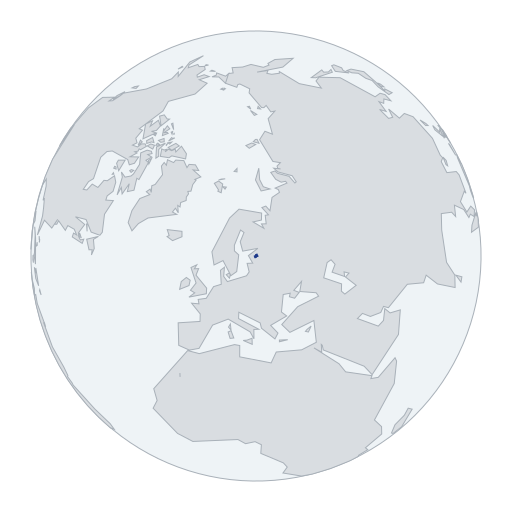 the Earth from above Tartu, rotated 338°
{"feature_id": "EST-1659", "entity_name": "Tartu", "entity_type": "County", "adm_level": 1, "iso_a3": "EST", "parent_name": "Estonia", "parent_adm1": "", "projection": "orthographic", "projection_center": [26.767, 58.415], "detail": "fine", "context": "on_globe", "style": "filled", "palette": "blue", "viewbox_px": 512, "rotation_deg": 338, "n_neighbors": 0, "source": "natural_earth", "source_scale": "10m", "svg_char_len": 11558}
<svg xmlns="http://www.w3.org/2000/svg" viewBox="0 0 512 512"><g transform="rotate(338 256 256)"><circle cx="256" cy="256" r="225" fill="#eef3f6" stroke="#a8b0b8"/><path d="M103.4,90.3L103.6,90.1L136.9,66.1L115.1,80.2L122.3,74.7L132.7,67.6L131.3,68.7L145.2,61.4L156.1,55.9L173.2,51.5L184.2,55.7L177.8,57.2L181.2,58.3L189.5,56.7L194.1,55.4L217.0,60.1L244.3,60.1L252.9,56.3L251.1,60.4L267.4,51.3L282.3,50.6L265.5,53.8L263.7,56.1L273.8,56.6L274.2,59.1L279.3,60.9L278.8,64.0L269.1,66.1L268.6,68.2L275.8,68.5L279.8,72.1L269.4,71.3L275.4,77.5L260.2,83.0L232.7,79.8L224.1,86.7L195.4,94.3L197.9,96.8L188.7,101.7L188.1,106.5L183.0,106.9L187.0,110.5L191.8,109.2L195.2,110.5L195.3,113.3L188.8,114.2L187.8,112.9L185.9,114.6L182.6,113.9L184.3,115.9L176.3,116.8L184.3,120.2L178.0,124.5L172.7,124.0L173.2,118.5L162.1,104.8L156.9,103.3L149.0,106.3L134.3,123.4L128.6,124.3L120.8,129.5L123.9,131.4L131.1,128.0L135.1,133.2L143.4,128.9L146.3,130.5L154.9,128.6L153.6,135.1L147.7,142.5L140.5,144.5L137.7,147.9L144.5,151.2L131.2,160.5L122.4,176.4L119.0,178.3L112.1,172.1L112.1,158.5L103.3,152.0L109.0,162.6L100.2,167.9L98.8,171.6L99.2,175.3L102.6,175.9L99.6,179.2L92.8,169.5L95.4,166.4L97.6,169.3L97.5,163.1L92.9,157.3L88.8,160.8L86.2,149.4L83.2,151.9L81.0,151.0L85.9,147.7L77.1,153.6L73.3,143.6L61.2,154.6L73.1,138.9L77.4,131.2L81.5,123.0L79.4,124.6L87.6,112.6L90.4,106.1L84.7,110.1L76.5,119.9L68.1,132.1L68.7,132.3L64.3,140.6L60.8,143.7L52.0,161.1L49.7,165.6L57.9,148.8L67.4,132.8L78.2,117.7L90.2,103.4L103.4,90.3ZM41.7,186.6L39.5,193.7L39.5,195.2L38.4,202.8L36.0,209.5L37.3,209.2L35.4,218.1L34.7,238.5L34.1,238.4L33.2,264.0L36.2,286.9L36.8,296.4L36.1,297.2L38.0,304.9L38.1,307.1L49.3,337.6L58.0,356.9L59.7,363.7L56.4,360.4L56.9,361.4L49.8,346.7L43.7,331.4L38.8,315.8L35.0,299.9L32.4,283.7L31.0,267.4L30.8,251.0L31.7,234.6L33.9,218.4L37.2,202.3L41.7,186.6ZM58.3,157.0L48.5,180.9L50.9,170.7L51.0,171.8L54.1,164.9L58.9,154.2L61.8,146.0L58.3,157.0ZM61.0,160.0L62.4,156.3L61.5,159.5L61.0,160.0ZM196.1,54.5L189.6,56.5L182.0,57.2L187.3,55.2L196.1,54.5ZM210.6,54.3L207.6,55.7L204.1,53.7L206.9,53.5L210.6,54.3ZM259.0,53.3L253.7,53.5L258.7,52.5L259.0,53.3ZM280.1,60.6L281.4,59.9L283.5,61.2L280.1,60.6ZM155.0,125.3L154.9,126.9L153.3,126.4L155.0,125.3ZM158.8,123.0L157.0,121.3L158.6,119.9L159.6,121.0L158.8,123.0ZM284.7,67.2L287.6,69.7L283.0,67.5L284.7,67.2ZM160.6,125.5L161.5,117.8L164.3,115.6L170.6,118.1L160.6,125.5ZM288.1,71.5L295.2,77.9L298.9,76.6L292.4,84.4L288.6,76.1L282.3,73.4L286.9,73.4L288.1,71.5ZM193.3,107.6L188.2,109.1L192.3,105.3L193.3,107.6ZM195.1,105.0L203.1,92.3L210.7,91.9L206.5,96.1L216.3,93.6L216.1,99.6L210.7,102.3L205.8,101.3L209.5,104.4L195.1,105.0ZM287.7,87.8L288.0,89.8L285.8,88.1L287.7,87.8ZM196.9,110.7L197.8,108.1L204.5,107.4L203.9,112.6L201.9,111.1L196.9,110.7ZM219.0,90.2L223.8,90.8L225.0,95.7L227.1,96.7L216.8,99.7L219.0,90.2ZM200.4,112.7L203.4,115.3L200.3,118.2L196.4,113.2L200.4,112.7ZM206.5,105.1L209.6,105.1L207.7,106.8L206.5,105.1ZM191.2,130.5L192.2,127.1L195.7,126.5L191.2,130.5ZM204.7,116.0L205.7,115.0L207.2,114.5L208.4,116.7L204.7,116.0ZM218.3,103.1L217.8,105.1L222.6,102.1L223.7,105.8L216.6,107.2L220.1,108.2L220.5,109.4L214.3,109.3L218.3,103.1ZM214.3,117.4L205.7,120.8L203.1,127.1L199.8,127.8L204.6,117.6L214.3,117.4ZM214.8,112.6L213.7,115.7L210.3,114.9L208.9,112.3L214.8,112.6ZM227.0,108.0L227.1,101.8L228.7,101.7L227.0,108.0ZM214.2,119.4L216.3,118.5L214.4,119.9L214.2,119.4ZM223.8,111.6L223.7,109.4L225.4,109.3L223.8,111.6ZM220.6,118.8L217.8,119.8L216.7,118.0L220.6,118.8ZM222.6,115.6L225.0,116.1L218.0,116.7L222.2,114.6L222.6,115.6ZM225.5,111.9L226.5,111.2L225.3,112.9L225.5,111.9ZM226.1,125.2L217.5,126.4L215.2,122.4L223.9,121.6L226.1,125.2ZM226.5,479.3L215.8,477.1L199.7,467.3L205.9,463.4L203.9,458.1L186.5,440.8L190.3,433.0L185.6,427.8L176.0,426.1L170.5,419.4L164.6,417.3L128.0,404.3L116.8,391.1L103.6,358.6L110.2,352.9L111.5,340.7L157.2,318.1L166.9,325.3L202.9,330.1L207.4,332.9L203.1,343.4L230.0,360.8L238.8,352.6L263.2,360.1L279.6,358.6L285.5,337.5L258.8,339.5L254.2,329.2L275.7,318.6L299.0,316.7L298.0,312.6L283.3,305.3L288.7,296.6L278.2,302.0L282.4,305.9L276.0,309.6L271.7,306.3L273.8,303.3L266.8,301.9L258.6,317.5L262.0,323.1L243.6,325.8L247.5,335.7L242.5,340.0L234.0,325.0L234.8,319.6L219.0,301.7L216.4,307.5L231.2,325.0L226.5,323.3L223.1,332.0L222.1,324.1L206.6,304.1L189.9,303.8L168.6,320.3L159.0,318.3L150.9,309.9L158.8,288.8L179.6,295.7L182.6,288.8L178.6,275.6L185.2,279.0L186.1,274.6L194.0,276.6L205.2,268.5L213.2,269.2L217.7,255.9L222.5,254.6L218.4,262.8L219.9,269.0L239.8,270.8L243.7,268.2L245.0,259.5L250.3,261.4L249.1,252.8L260.6,249.6L245.5,246.5L246.7,236.9L253.7,229.7L251.4,226.1L240.0,237.9L237.9,243.2L240.4,248.5L232.3,263.2L225.4,264.8L223.7,247.9L213.7,248.6L216.7,235.6L245.7,210.9L257.8,206.2L277.3,218.3L274.5,224.7L266.0,223.3L273.7,233.3L273.1,228.3L277.5,230.0L279.8,221.7L283.0,222.5L279.6,213.3L283.8,213.4L285.9,219.3L292.8,207.7L301.6,205.8L301.6,202.8L299.2,200.2L312.0,200.0L311.4,197.8L307.0,197.0L303.0,192.3L301.0,184.0L305.5,184.3L306.9,187.4L316.5,194.5L319.4,202.9L321.1,202.3L319.6,195.1L307.9,186.3L305.3,181.2L311.4,184.5L309.0,182.9L309.2,180.5L313.6,178.6L307.1,174.7L302.9,149.5L311.0,143.7L316.9,149.2L318.7,133.2L327.8,128.7L323.7,127.9L321.8,120.2L318.9,121.4L316.8,120.5L310.7,102.2L312.8,98.6L305.5,90.5L303.4,90.2L301.4,92.4L292.4,84.4L298.9,76.6L303.4,77.7L304.4,72.4L314.4,75.8L323.1,76.5L333.5,83.8L339.5,83.9L339.2,81.9L347.1,80.9L364.5,86.6L351.7,90.9L325.9,85.9L336.6,88.5L334.5,90.7L338.6,93.4L346.1,95.3L346.7,93.7L360.7,112.4L379.5,124.8L377.2,116.2L381.4,113.8L400.8,122.2L426.1,153.0L432.0,151.6L436.1,154.7L439.2,162.6L433.4,158.3L431.6,162.3L427.8,158.9L430.8,170.7L425.5,166.4L430.5,178.1L434.7,178.6L434.0,169.4L440.6,181.9L446.9,179.4L453.8,185.7L463.7,213.0L464.6,231.6L465.9,234.8L463.1,237.9L464.2,250.2L473.3,252.7L474.7,256.9L474.2,276.5L473.3,274.0L465.9,282.2L468.0,294.2L473.8,290.2L475.9,295.0L473.0,301.1L470.4,297.5L467.8,300.1L466.0,290.7L459.0,283.2L455.9,294.2L453.8,288.7L443.7,286.1L437.9,301.5L430.3,333.3L433.2,348.2L428.8,359.8L413.8,349.9L406.6,337.5L401.4,343.6L385.7,338.9L359.4,353.5L355.4,350.5L350.5,355.1L339.4,354.9L333.2,349.1L326.6,352.0L343.1,366.8L350.1,363.5L355.7,353.0L359.0,359.0L369.6,360.0L358.7,382.1L319.2,409.5L315.0,398.7L283.2,368.3L284.0,363.7L283.8,363.2L283.4,362.4L280.9,369.9L275.3,362.9L292.6,387.0L295.7,397.0L318.7,410.4L316.6,412.7L323.9,414.3L346.8,402.4L347.0,406.1L336.4,426.0L304.4,452.4L308.5,461.2L305.9,468.1L285.6,474.8L287.1,477.4L276.5,479.2L275.7,480.1L267.1,481.0L265.0,481.1L245.7,481.0L226.5,479.3ZM141.6,336.0L140.3,339.7L141.6,336.0ZM324.1,324.6L337.9,320.7L331.1,309.0L335.8,306.7L331.7,303.7L330.5,308.2L320.5,299.5L326.2,293.3L324.2,287.6L319.5,288.7L310.6,301.6L324.9,313.9L322.0,320.6L324.1,324.6ZM34.8,239.1L34.4,242.9L34.3,239.6L34.8,239.1ZM49.6,171.6L48.3,175.7L47.1,178.8L47.7,176.0L49.6,171.6ZM42.9,206.2L42.2,211.6L42.2,207.1L42.9,206.2ZM47.4,184.6L43.3,202.2L43.4,194.3L46.3,183.4L45.3,189.5L47.4,184.6ZM58.3,161.2L57.1,164.2L56.3,164.4L58.3,161.2ZM60.3,162.3L60.5,161.4L61.8,159.4L60.3,162.3ZM100.6,168.5L101.1,169.3L100.8,173.3L99.4,172.0L100.6,168.5ZM108.8,188.5L103.8,193.4L106.4,188.8L103.5,187.7L105.3,177.0L117.3,178.8L111.5,179.7L108.8,188.5ZM111.1,163.6L108.6,169.9L110.8,163.0L111.1,163.6ZM183.4,249.8L185.9,253.8L182.8,258.3L172.7,258.3L177.1,251.7L183.4,249.8ZM190.3,258.6L191.4,242.3L197.8,242.0L194.0,244.8L198.1,246.2L193.2,251.3L198.2,267.3L195.8,272.4L178.4,269.0L185.4,267.2L182.4,263.2L190.3,258.6ZM183.1,204.5L183.6,198.3L196.6,205.4L194.6,210.4L184.4,210.5L180.8,204.7L183.1,204.5ZM171.5,131.7L170.8,129.6L172.7,129.2L174.7,130.8L171.5,131.7ZM191.3,129.0L176.1,141.3L174.6,139.3L167.5,149.3L160.8,148.1L165.6,141.5L155.1,148.3L156.8,142.0L150.1,147.3L161.6,132.8L162.7,127.7L164.1,133.8L170.2,135.0L173.2,134.0L182.4,127.4L187.8,117.2L194.7,117.1L198.2,119.7L198.0,122.1L193.6,121.4L196.4,125.2L189.8,126.0L191.3,129.0ZM234.9,155.3L229.9,152.6L234.5,162.0L228.0,162.1L228.9,163.2L224.1,166.1L220.0,171.5L217.0,170.6L216.7,173.1L213.5,175.2L212.0,178.4L206.2,178.2L203.9,182.1L202.4,179.8L200.1,186.8L199.2,181.5L195.0,183.9L198.1,187.7L170.1,180.3L159.1,181.9L150.4,186.2L150.0,177.1L158.0,167.4L169.8,159.2L180.5,159.3L178.4,155.3L182.9,154.3L182.7,157.8L185.7,151.8L189.3,151.9L199.8,145.6L202.0,137.2L205.9,134.9L206.9,138.3L210.0,133.6L214.6,138.5L217.5,137.0L224.8,140.5L225.1,148.2L228.3,146.0L234.0,148.8L234.9,155.3ZM228.0,126.3L229.8,135.1L227.1,139.6L215.4,131.6L212.2,132.3L204.6,127.8L208.7,121.4L210.5,123.3L213.2,123.6L210.8,125.4L214.8,124.2L217.3,126.8L221.1,126.6L220.6,129.5L228.0,126.3ZM212.5,329.5L216.0,330.6L221.5,330.8L219.4,336.5L212.5,329.5ZM201.7,316.0L204.9,315.9L204.7,323.7L201.1,322.7L201.7,316.0ZM206.8,309.4L205.1,315.3L203.9,311.6L206.8,309.4ZM221.4,262.2L224.8,261.7L225.1,263.8L223.1,266.6L221.4,262.2ZM247.4,184.3L244.9,181.7L246.0,180.6L244.6,173.0L249.4,172.5L252.1,176.8L247.4,184.3ZM280.9,341.6L276.1,346.1L273.6,344.4L275.8,343.2L280.9,341.6ZM246.2,342.7L254.1,345.5L245.6,344.3L246.2,342.7ZM252.3,182.4L251.2,179.3L254.3,181.0L252.3,182.4ZM252.8,171.7L256.4,172.9L249.8,171.5L252.8,171.7ZM343.4,456.5L327.0,468.9L316.6,471.9L315.3,470.9L321.7,464.5L333.9,459.2L340.1,454.1L343.4,456.5ZM475.3,307.5L476.2,303.6L476.7,301.0L475.3,307.5ZM476.0,304.3L473.0,312.6L464.7,314.7L467.8,308.3L475.6,298.7L475.2,301.7L477.1,297.7L476.0,304.3ZM479.9,280.6L479.5,283.9L479.2,281.2L479.4,275.6L480.1,270.9L479.6,240.6L480.1,236.8L480.9,247.5L481.1,246.8L481.1,263.7L479.9,280.6ZM434.2,348.7L439.1,352.4L436.3,357.0L434.2,348.7ZM477.2,224.8L478.9,237.5L476.6,223.7L477.2,224.8ZM474.5,214.2L475.5,216.4L474.7,216.9L474.5,214.2ZM468.1,238.6L467.5,244.2L466.4,242.5L466.4,234.3L468.1,238.6ZM459.0,191.3L463.1,196.7L464.4,199.5L462.2,198.6L459.0,191.3ZM291.5,175.6L288.0,186.6L288.7,194.5L294.1,199.1L285.1,197.6L284.0,185.3L291.5,175.6ZM301.0,152.6L296.3,149.0L299.2,147.7L300.7,148.3L301.0,152.6ZM297.5,152.5L290.1,153.6L288.0,149.8L294.3,149.6L297.5,152.5ZM271.2,167.7L269.9,170.9L267.4,169.4L271.2,167.7ZM477.7,215.9L477.6,217.3L478.6,224.1L475.5,207.6L476.3,208.9L477.7,215.9ZM475.9,211.2L477.0,217.6L475.2,209.1L475.9,211.2ZM476.6,217.4L475.6,214.9L475.3,211.5L476.6,217.4ZM475.6,208.8L473.5,202.8L474.4,203.9L475.6,208.8ZM472.7,209.9L474.1,206.5L474.2,215.2L469.1,206.0L468.7,201.2L472.7,209.9ZM438.0,147.1L435.3,145.7L433.4,141.0L435.8,143.3L438.0,147.1ZM425.0,125.5L432.1,139.4L437.3,151.1L438.0,149.3L443.4,155.6L439.7,156.1L432.6,144.9L429.4,136.8L424.4,132.4L419.3,124.9L413.4,122.0L409.7,118.1L414.1,118.3L425.0,125.5ZM410.9,121.2L398.7,114.5L397.4,107.9L399.8,107.9L405.9,113.6L406.3,116.7L410.9,121.2ZM395.4,111.1L395.6,114.2L378.1,113.1L374.1,111.3L386.7,108.1L387.6,110.9L392.1,112.5L395.4,111.1ZM290.3,89.5L288.2,89.8L289.3,88.3L290.3,89.5ZM315.3,121.4L312.6,119.9L314.1,118.0L315.3,121.4ZM306.0,114.7L306.2,117.9L304.1,114.4L306.0,114.7ZM307.1,125.0L305.4,119.0L309.8,125.0L307.1,125.0Z" fill="#d9dde1" stroke="#a8b0b8" stroke-width="1"/><path d="M257.4,254.8L257.4,255.0L257.5,255.5L257.6,256.1L257.5,256.4L257.5,256.6L257.5,256.8L257.2,256.8L257.0,256.7L256.8,256.6L256.7,256.6L256.4,256.7L256.2,256.7L256.2,256.8L255.9,256.9L255.8,257.0L255.7,256.9L255.7,257.0L255.4,257.0L255.2,257.0L255.2,256.9L255.1,257.0L254.9,257.1L254.6,257.1L254.5,256.7L254.5,256.4L254.6,256.2L254.8,256.0L254.7,255.7L254.8,255.7L255.1,255.5L255.3,255.5L255.5,255.5L255.8,255.4L255.9,255.5L256.1,255.4L256.2,255.1L256.3,255.2L256.5,255.3L256.5,255.2L256.8,254.9L257.4,254.8L257.4,254.8Z" fill="#3b82f6" stroke="#1e3a8a" stroke-width="1.5"/></g></svg>